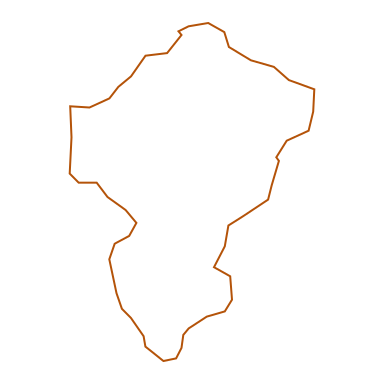 Höör, Skåne, Sweden (Natural Earth projection)
{"feature_id": "70781695B95937301884210", "entity_name": "Höör", "entity_type": "district", "adm_level": 2, "iso_a3": "SWE", "parent_name": "Sweden", "parent_adm1": "Skåne", "projection": "natural_earth1", "projection_center": [13.542, 55.959], "detail": "fine", "context": "isolated", "style": "outline", "palette": "amber", "viewbox_px": 384, "rotation_deg": 0, "n_neighbors": 0, "source": "geoboundaries", "source_scale": "gbopen_adm2", "svg_char_len": 753}
<svg xmlns="http://www.w3.org/2000/svg" viewBox="0 0 384 384"><path d="M70.2,106.3L71.5,137.3L69.7,173.6L78.7,182.7L96.7,182.7L107.5,197.0L125.6,210.0L136.4,222.9L129.2,235.9L114.7,243.7L109.3,259.3L116.5,293.2L121.9,308.8L130.9,317.9L143.6,336.2L145.4,346.6L163.4,361.0L176.1,358.4L181.5,347.9L183.3,334.9L188.7,328.4L206.8,316.6L212.8,314.9L224.8,311.4L232.0,299.7L230.2,276.3L214.0,267.2L224.8,246.3L228.4,225.5L242.8,216.4L268.1,199.6L271.7,185.3L278.9,160.9L276.3,157.3L286.7,140.7L308.6,130.7L313.2,111.6L314.3,89.3L288.9,80.1L273.9,66.9L250.9,60.3L228.9,47.0L224.3,32.1L208.2,23.0L188.6,26.3L178.5,31.3L181.5,35.0L167.1,53.1L145.5,55.7L131.0,76.4L118.4,86.8L109.4,98.4L89.5,107.5L70.2,106.3Z" fill="none" stroke="#b45309" stroke-width="2"/></svg>